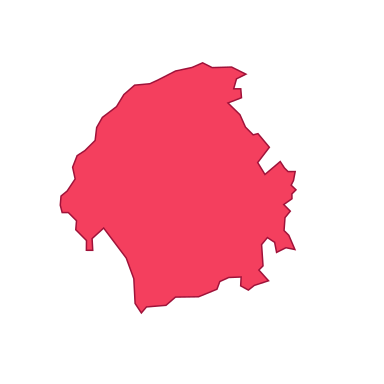 Khatirchi, Navoi, Uzbekistan, rotated 134°
{"feature_id": "79887680B3077995484164", "entity_name": "Khatirchi", "entity_type": "district", "adm_level": 2, "iso_a3": "UZB", "parent_name": "Uzbekistan", "parent_adm1": "Navoi", "projection": "mercator", "projection_center": [65.889, 40.157], "detail": "fine", "context": "isolated", "style": "filled", "palette": "rose", "viewbox_px": 384, "rotation_deg": 134, "n_neighbors": 0, "source": "geoboundaries", "source_scale": "gbopen_adm2", "svg_char_len": 1121}
<svg xmlns="http://www.w3.org/2000/svg" viewBox="0 0 384 384"><g transform="rotate(134 192 192)"><path d="M83.9,228.6L88.8,233.7L79.7,238.6L69.8,235.1L74.6,250.3L88.5,263.9L91.7,274.1L102.4,278.5L116.4,287.9L135.4,294.4L143.5,297.6L155.0,307.5L169.2,308.7L183.0,305.6L200.6,308.3L211.8,305.4L222.2,297.5L236.6,297.8L245.6,299.9L257.1,295.1L263.8,285.1L278.0,282.5L285.9,283.4L293.0,277.6L297.0,271.1L292.7,266.7L292.9,255.1L299.9,249.4L300.2,234.2L307.3,227.5L302.9,222.9L294.9,231.5L279.3,230.5L285.2,193.4L294.8,173.6L311.7,155.5L314.2,144.4L306.3,144.9L291.6,132.0L279.1,130.9L262.8,114.5L244.6,106.5L237.1,109.8L228.0,106.2L219.0,97.6L225.7,91.8L223.4,83.3L215.9,82.3L202.7,75.3L201.7,89.7L195.8,89.6L181.5,105.4L172.4,106.1L170.8,97.6L176.7,89.2L166.8,85.7L161.9,78.0L155.9,92.3L155.8,99.0L145.8,107.3L137.5,108.0L137.3,117.3L127.4,115.4L124.0,118.8L118.2,118.7L118.2,125.4L113.2,127.0L105.6,132.0L110.6,137.1L110.5,142.2L108.8,149.7L128.7,151.7L125.2,165.2L106.1,167.4L104.2,185.1L108.4,187.7L108.2,198.6L103.1,211.2L103.0,228.0L89.8,221.9L83.9,228.6Z" fill="#f43f5e" stroke="#9f1239" stroke-width="1.5"/></g></svg>